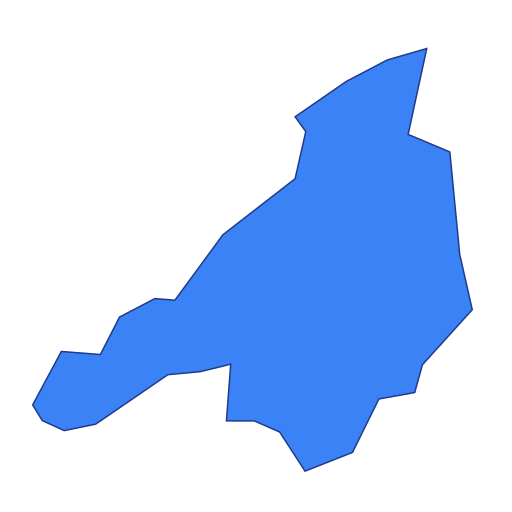 Gjirokastër, Gjirokastër, Albania, rotated 92°
{"feature_id": "67620474B28188595050305", "entity_name": "Gjirokastër", "entity_type": "district", "adm_level": 2, "iso_a3": "ALB", "parent_name": "Albania", "parent_adm1": "Gjirokastër", "projection": "equal_earth", "projection_center": [20.246, 40.01], "detail": "fine", "context": "isolated", "style": "filled", "palette": "blue", "viewbox_px": 512, "rotation_deg": 92, "n_neighbors": 0, "source": "geoboundaries", "source_scale": "gbopen_adm2", "svg_char_len": 544}
<svg xmlns="http://www.w3.org/2000/svg" viewBox="0 0 512 512"><g transform="rotate(92 256 256)"><path d="M247.1,52.5L145.3,65.9L129.2,108.2L42.7,92.6L55.4,131.5L78.2,171.6L115.5,221.8L129.9,210.6L177.4,219.6L235.9,289.8L303.0,335.5L302.1,355.6L321.7,390.2L359.9,408.1L358.2,447.2L412.6,474.0L427.9,463.9L437.2,441.6L429.6,410.3L377.7,340.0L373.5,307.6L365.0,277.5L421.8,279.8L420.9,251.9L431.1,226.2L469.3,199.5L448.9,152.7L394.6,128.2L386.9,92.6L358.9,85.9L302.1,38.0L247.1,52.5Z" fill="#3b82f6" stroke="#1e3a8a" stroke-width="1.5"/></g></svg>